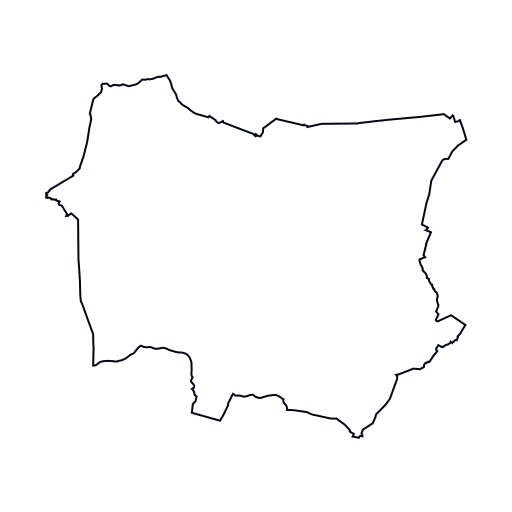 outline of Villamar, Michoacán, Mexico, rotated 94°
{"feature_id": "50627088B25056877567823", "entity_name": "Villamar", "entity_type": "district", "adm_level": 2, "iso_a3": "MEX", "parent_name": "Mexico", "parent_adm1": "Michoacán", "projection": "robinson", "projection_center": [-102.58, 19.992], "detail": "fine", "context": "isolated", "style": "outline", "palette": "ink", "viewbox_px": 512, "rotation_deg": 94, "n_neighbors": 0, "source": "geoboundaries", "source_scale": "gbopen_adm2", "svg_char_len": 5903}
<svg xmlns="http://www.w3.org/2000/svg" viewBox="0 0 512 512"><g transform="rotate(94 256 256)"><path d="M271.5,432.9L284.7,431.0L289.9,430.4L292.2,430.0L307.8,428.5L313.3,427.6L316.9,425.6L330.6,419.6L344.9,413.2L346.1,412.9L354.9,412.2L359.3,411.6L376.7,410.8L376.3,408.7L375.7,407.7L374.7,406.5L373.7,405.4L372.7,404.1L372.1,402.6L371.7,401.6L371.1,397.8L370.9,395.3L370.9,393.0L370.9,390.8L371.1,389.4L370.9,387.3L370.0,384.9L369.3,382.6L368.3,380.6L367.2,378.8L365.8,377.1L363.5,374.5L362.6,373.3L362.1,372.0L361.5,371.1L360.3,370.2L358.4,369.0L356.7,367.8L355.3,366.8L353.5,364.6L354.5,361.8L354.7,359.8L354.6,358.1L354.3,356.3L354.3,354.3L354.9,352.6L355.5,350.5L355.6,348.7L355.0,346.0L354.7,345.0L354.4,343.8L354.0,342.3L354.3,340.1L354.8,338.3L355.8,336.2L357.1,330.2L357.5,327.9L357.6,326.0L357.5,324.6L357.5,323.0L358.3,319.5L359.0,318.0L360.1,316.7L361.3,315.6L362.0,315.1L362.4,314.8L366.5,313.0L373.7,312.3L376.5,312.2L378.6,312.2L380.0,311.8L380.9,311.2L381.4,310.8L382.4,311.2L383.7,311.8L384.8,312.1L386.0,311.9L386.8,311.1L387.8,310.0L388.6,309.3L389.5,308.8L390.6,308.5L391.8,308.8L392.2,309.4L392.5,309.8L393.1,310.6L393.5,309.9L394.3,309.4L395.3,308.7L395.9,308.3L396.7,308.1L398.0,307.8L399.1,307.2L400.2,305.5L404.4,306.1L405.3,306.3L408.0,308.7L414.2,308.9L416.8,309.1L417.5,306.1L422.8,280.4L417.1,277.5L406.7,273.4L404.5,273.4L401.0,271.8L396.7,270.1L395.1,269.3L396.8,266.6L396.4,263.7L396.6,260.6L397.1,259.2L397.1,257.8L396.9,256.7L396.3,255.1L395.6,253.4L394.8,250.7L394.7,249.4L395.3,248.4L396.4,246.9L397.2,244.3L397.3,242.4L397.1,240.8L396.1,238.6L394.5,234.0L393.6,229.6L393.3,227.2L393.4,225.6L393.9,224.4L395.3,221.5L396.3,220.1L396.9,218.6L398.4,218.7L399.9,218.3L401.1,217.4L402.2,216.2L403.8,215.0L405.5,214.4L407.3,214.4L407.2,207.3L408.1,194.7L408.2,194.3L408.5,193.5L409.9,189.9L410.3,188.4L410.7,185.4L410.8,184.2L411.3,181.4L411.6,179.4L412.0,176.5L412.9,170.6L412.8,167.7L412.7,166.4L412.6,164.2L414.3,161.8L417.9,155.9L422.5,150.9L423.6,150.0L424.6,150.2L426.7,145.9L429.4,147.0L429.7,143.8L430.2,140.8L429.4,140.6L428.3,139.5L428.4,137.2L427.0,137.6L425.5,138.4L421.6,137.1L414.8,127.9L413.4,127.4L411.6,126.8L408.1,125.5L406.9,125.5L405.3,125.0L403.2,123.1L396.8,117.6L396.5,117.3L396.0,116.9L395.9,116.8L395.7,116.7L389.6,112.7L387.8,112.1L368.6,106.6L367.8,106.6L367.2,106.7L366.2,106.8L364.7,108.0L364.3,105.7L357.4,91.2L357.5,84.5L355.0,80.7L353.0,80.7L351.4,80.1L351.2,79.8L351.0,78.9L350.7,78.4L350.4,78.3L349.9,77.9L349.2,75.8L349.7,76.0L349.6,75.6L348.1,74.8L342.4,71.6L340.6,70.2L340.2,69.8L339.4,69.4L338.1,68.5L337.3,69.5L336.0,69.9L332.2,67.9L333.9,64.3L333.5,64.0L333.8,63.2L332.8,62.3L331.4,60.0L330.5,57.7L329.7,57.0L329.7,56.9L328.9,55.8L328.5,55.9L328.0,55.8L329.1,54.1L328.8,54.0L328.3,53.6L326.8,52.1L326.2,51.5L326.1,51.4L325.9,51.0L325.8,50.8L326.0,49.9L323.8,49.2L322.8,48.8L322.1,49.3L319.3,46.9L315.0,44.8L310.2,42.3L301.5,57.3L307.5,68.3L308.0,69.0L308.4,70.0L308.5,70.9L307.7,72.1L306.9,72.1L304.1,70.9L301.6,69.9L298.8,72.4L294.2,70.9L292.5,70.5L290.1,71.6L287.3,72.6L285.9,72.4L283.3,71.8L279.8,73.3L278.8,75.0L277.8,75.5L276.8,75.8L276.2,77.0L275.1,77.1L273.7,78.3L272.3,78.2L271.9,79.5L268.5,81.8L267.6,81.9L266.8,81.9L266.3,82.7L266.1,84.0L263.6,84.3L261.6,85.5L258.7,88.8L256.9,88.8L254.6,90.0L254.0,90.6L252.8,91.2L251.3,91.9L250.6,92.0L250.1,92.2L249.2,92.6L248.7,92.7L247.8,92.3L247.6,92.1L247.4,91.0L246.3,89.4L245.5,87.2L243.4,88.9L242.7,88.7L242.6,88.8L242.4,88.7L241.1,88.5L239.1,88.1L236.5,87.6L236.4,87.8L232.8,86.9L232.3,87.3L220.1,83.1L218.4,88.4L218.3,88.2L216.1,86.6L215.7,86.4L213.0,92.7L191.1,89.6L182.5,87.5L168.7,86.4L147.8,76.9L146.4,75.3L145.9,73.7L145.7,70.9L138.0,67.5L131.7,62.2L125.4,54.3L114.5,58.4L105.4,62.4L107.0,62.2L108.4,66.7L102.4,69.0L102.0,69.7L104.1,71.2L105.3,72.2L101.5,78.3L101.4,78.5L105.9,102.6L106.2,104.5L108.4,118.3L109.0,121.7L109.5,125.2L110.1,128.9L110.7,132.4L111.3,136.1L112.0,139.7L112.6,143.3L112.8,144.5L116.2,162.3L116.7,164.0L119.6,199.9L123.7,213.6L122.8,213.5L122.1,216.8L121.7,217.1L122.3,217.8L118.2,243.2L118.1,243.8L117.5,245.3L117.8,245.7L119.8,247.9L120.9,249.3L125.3,254.3L127.9,257.5L128.1,257.7L132.5,257.8L135.8,259.7L136.4,259.9L135.8,263.9L134.8,264.0L134.5,264.5L136.5,264.8L136.3,265.2L135.6,266.1L135.1,266.6L134.7,266.4L133.9,268.9L133.2,271.3L130.5,280.2L128.6,286.6L128.1,288.0L127.7,289.5L127.2,290.9L125.2,297.6L125.0,297.8L124.6,298.2L124.2,298.1L123.7,298.3L123.6,298.5L124.0,298.7L124.2,299.0L125.3,300.9L126.0,302.5L125.5,303.6L124.0,305.7L123.4,305.7L119.5,312.3L121.0,313.0L118.3,325.8L117.8,327.2L115.0,331.9L114.0,333.1L113.2,334.0L111.8,337.2L111.3,337.7L111.0,338.7L109.9,340.5L107.7,342.7L106.8,344.3L103.3,346.1L101.1,346.7L99.1,347.9L96.9,349.6L93.7,351.6L90.5,352.5L87.1,354.0L81.8,357.9L84.0,364.0L84.0,365.5L84.1,366.4L86.5,371.5L87.2,374.5L87.1,376.5L87.9,378.8L87.9,381.5L88.5,382.3L92.1,385.8L93.4,388.2L95.5,394.7L94.0,400.8L94.4,401.4L95.1,402.4L95.0,403.1L95.6,404.8L95.1,406.3L95.3,407.4L95.2,408.4L95.2,409.8L95.6,410.6L96.9,412.7L96.5,414.1L94.5,416.5L94.7,418.6L94.9,421.0L96.5,422.2L99.8,421.3L100.8,421.5L103.3,421.9L105.1,423.5L107.3,425.5L109.1,427.4L110.1,428.7L112.3,429.5L113.9,429.7L125.7,431.7L126.3,431.1L130.9,429.9L140.0,431.2L154.2,432.4L169.1,435.1L179.2,437.9L180.8,437.9L184.7,441.2L187.0,444.4L188.5,443.8L202.9,464.4L203.1,465.2L204.0,465.7L204.7,466.4L205.3,466.6L205.8,467.3L207.2,467.9L207.8,469.6L209.5,469.7L209.8,468.6L210.6,468.9L211.1,469.3L212.3,469.5L212.6,468.2L212.3,467.2L212.2,467.0L212.5,466.3L212.7,464.8L213.8,464.2L213.4,462.4L213.9,462.0L213.7,459.5L214.3,459.6L214.6,459.1L215.1,456.3L215.4,455.7L217.0,456.7L217.6,456.5L218.6,455.9L218.7,456.0L218.6,455.9L218.8,455.7L219.3,453.4L220.2,452.6L227.5,447.4L229.3,448.1L229.0,446.2L228.4,446.1L228.1,445.8L227.7,444.7L227.2,444.1L226.5,443.4L226.4,443.1L232.1,436.0L271.5,432.9Z" fill="none" stroke="#020617" stroke-width="2"/></g></svg>